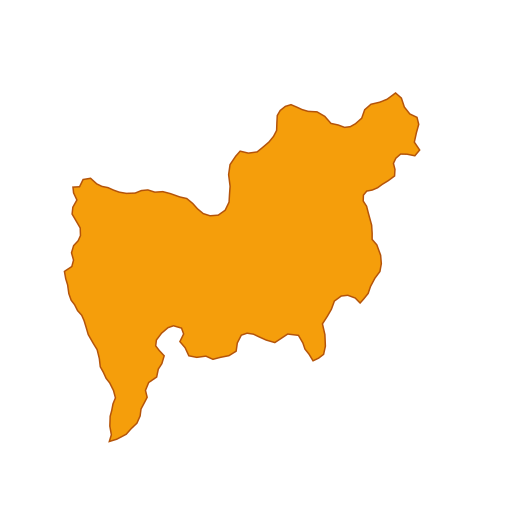 outline of Conceição dos Ouros, Minas Gerais, Brazil, rotated 163°
{"feature_id": "56859067B29427208772050", "entity_name": "Conceição dos Ouros", "entity_type": "district", "adm_level": 2, "iso_a3": "BRA", "parent_name": "Brazil", "parent_adm1": "Minas Gerais", "projection": "orthographic", "projection_center": [-45.772, -22.442], "detail": "fine", "context": "isolated", "style": "filled", "palette": "amber", "viewbox_px": 512, "rotation_deg": 163, "n_neighbors": 0, "source": "geoboundaries", "source_scale": "gbopen_adm2", "svg_char_len": 2422}
<svg xmlns="http://www.w3.org/2000/svg" viewBox="0 0 512 512"><g transform="rotate(163 256 256)"><path d="M450.5,121.5L442.7,121.5L432.2,123.5L426.0,127.3L418.8,130.9L413.6,136.9L410.7,143.3L405.2,148.8L401.4,152.7L401.0,159.8L395.6,166.4L386.4,169.3L382.5,176.4L377.5,180.6L373.0,187.4L376.2,194.0L378.2,199.4L375.8,204.8L368.9,209.8L361.1,213.2L355.3,213.4L348.3,208.8L348.0,202.6L353.8,196.4L350.6,189.0L349.4,180.2L342.3,176.4L333.2,174.9L327.4,169.8L319.9,169.5L311.0,168.6L302.8,170.8L299.3,178.3L293.2,184.6L287.1,184.8L281.3,182.0L277.3,178.3L270.8,172.6L263.3,167.7L257.2,169.5L248.5,172.1L238.6,167.7L236.6,159.1L236.4,152.7L234.0,146.6L232.1,139.1L226.0,140.0L220.1,142.2L216.0,149.5L213.1,160.7L212.3,171.7L205.3,177.6L199.5,183.0L194.2,190.0L186.2,192.8L179.7,191.6L173.4,186.8L170.2,180.6L165.6,183.4L159.7,187.4L155.4,193.4L148.8,200.0L142.0,205.0L138.4,212.0L136.6,220.3L137.2,231.3L140.1,237.9L138.3,243.7L136.4,251.7L136.0,264.7L135.7,271.2L137.4,277.2L135.5,282.8L131.1,285.7L125.5,285.1L119.8,285.7L114.4,287.6L107.4,289.4L100.1,292.0L97.8,298.2L97.5,304.4L93.7,308.6L87.9,311.2L81.8,309.2L74.8,305.4L68.5,309.5L71.3,318.6L66.5,327.1L61.9,334.3L61.5,341.5L67.4,346.9L70.6,355.1L70.8,364.5L74.9,371.1L84.7,367.6L92.6,366.9L101.7,367.5L109.3,364.1L114.6,356.9L122.2,353.4L128.0,352.1L133.7,353.1L139.0,357.2L145.6,360.9L149.4,369.4L155.5,376.0L163.9,379.1L169.2,382.6L173.3,386.3L178.3,390.5L184.2,390.5L190.3,388.1L194.6,384.1L197.0,377.5L199.6,370.0L204.2,365.3L210.3,361.2L218.1,357.8L224.5,355.2L233.2,356.6L240.5,360.9L246.2,357.4L254.1,351.0L258.4,341.8L260.4,330.2L263.3,322.7L266.0,315.4L272.1,308.8L280.2,306.1L288.2,307.9L294.1,312.0L298.2,318.3L301.2,324.8L305.4,331.2L311.7,334.8L319.5,340.6L326.3,344.8L334.0,346.6L340.1,350.8L346.5,352.1L353.2,351.5L361.7,353.8L368.2,357.1L372.9,360.6L377.6,364.7L383.0,367.6L387.2,371.5L391.5,378.7L399.0,379.7L404.5,373.8L410.9,375.4L412.0,369.7L410.9,361.9L416.9,356.2L419.6,349.9L417.9,342.7L415.9,334.2L417.9,326.8L421.6,322.6L427.4,319.2L431.5,313.0L431.7,305.4L435.2,299.8L443.7,297.3L444.6,290.0L444.6,283.4L446.0,274.7L445.7,267.8L443.7,262.4L442.6,255.9L440.0,250.3L439.3,244.5L439.3,237.9L439.4,229.9L437.1,219.8L435.3,212.9L435.8,203.8L437.3,195.6L436.0,189.6L435.1,182.8L433.0,177.4L431.6,169.0L431.9,161.4L436.0,156.4L439.1,150.5L442.3,145.4L445.5,136.1L446.6,127.3L450.5,121.5Z" fill="#f59e0b" stroke="#b45309" stroke-width="1.5"/></g></svg>